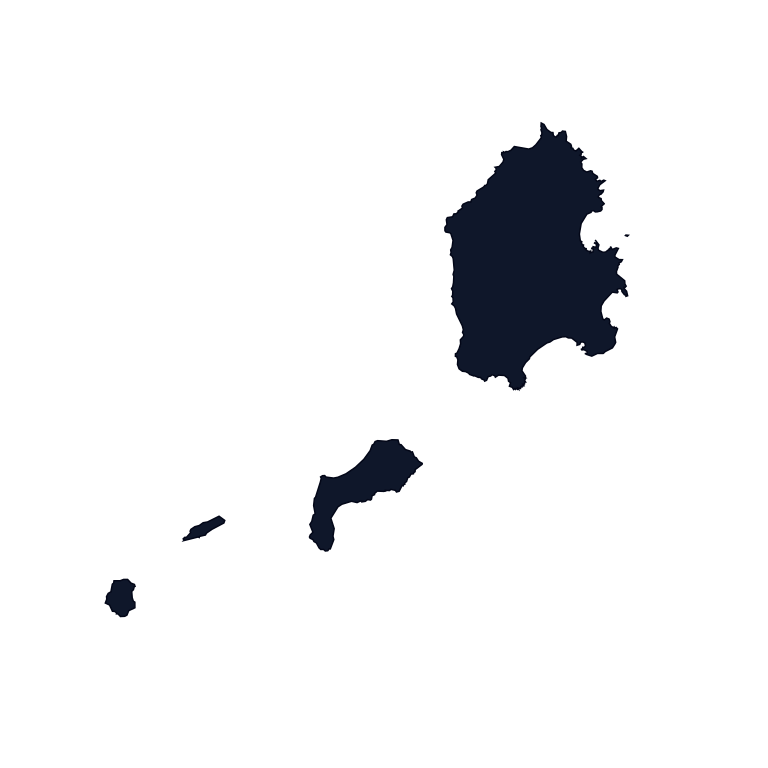 Nossa Senhora Da Luz, São Vicente, Cabo Verde, rotated 105°
{"feature_id": "66160863B58817505266013", "entity_name": "Nossa Senhora Da Luz", "entity_type": "district", "adm_level": 2, "iso_a3": "CPV", "parent_name": "Cabo Verde", "parent_adm1": "São Vicente", "projection": "robinson", "projection_center": [-24.915, 16.763], "detail": "fine", "context": "isolated", "style": "filled", "palette": "ink", "viewbox_px": 768, "rotation_deg": 105, "n_neighbors": 0, "source": "geoboundaries", "source_scale": "gbopen_adm2", "svg_char_len": 6148}
<svg xmlns="http://www.w3.org/2000/svg" viewBox="0 0 768 768"><g transform="rotate(105 384 384)"><path d="M297.7,180.1L295.4,178.7L290.0,172.7L285.5,171.3L283.8,171.0L278.8,173.4L270.3,172.7L269.3,174.4L270.9,176.3L269.9,175.8L269.3,176.5L270.3,176.8L269.4,179.5L267.2,182.0L265.3,181.9L263.0,183.4L262.7,186.0L265.1,187.8L264.5,189.5L257.8,193.3L252.3,194.4L246.8,192.9L236.2,187.3L235.6,182.3L234.5,181.8L232.6,183.3L231.4,182.3L230.7,180.3L231.3,178.8L233.1,178.1L235.6,174.8L235.4,173.6L236.7,173.0L235.7,171.5L231.6,173.7L229.5,177.0L228.5,177.2L228.4,176.2L226.8,175.4L225.0,177.2L222.0,178.2L217.7,187.7L215.2,188.6L210.5,188.2L209.3,188.8L207.6,187.7L206.3,188.4L204.5,186.4L202.2,185.9L203.0,189.1L201.5,193.8L199.7,194.3L192.4,192.7L192.4,194.9L195.0,198.3L192.5,200.9L193.4,200.1L195.1,201.4L195.7,200.7L196.6,201.3L196.4,202.0L199.3,204.2L200.1,206.8L199.2,211.5L197.3,212.5L194.0,212.4L190.2,217.3L192.5,214.5L193.6,214.6L192.9,216.9L193.4,217.1L194.2,214.7L197.2,214.7L197.2,217.6L198.9,217.6L199.0,219.0L199.8,216.6L202.3,216.3L203.6,218.3L202.4,218.7L203.4,219.0L202.6,219.3L202.9,221.7L201.9,224.0L201.3,223.7L200.3,223.9L201.7,224.2L199.5,227.3L197.7,227.2L198.7,227.6L198.1,227.5L198.2,228.5L196.2,230.1L195.5,229.7L194.7,231.5L188.6,234.1L177.9,235.1L167.4,232.0L164.6,228.4L163.3,228.6L162.3,226.3L163.1,224.5L162.5,222.6L160.8,219.5L159.0,218.6L157.1,219.1L156.8,220.1L155.5,219.8L155.2,219.2L154.5,219.0L154.2,218.8L153.5,218.4L153.0,217.9L152.9,217.9L150.6,221.5L148.7,222.3L148.3,225.1L147.6,225.5L145.3,224.9L144.6,223.6L141.7,222.1L139.9,222.1L141.4,225.5L140.5,227.6L139.4,228.0L135.6,227.1L130.4,223.0L130.2,224.5L132.2,226.9L131.4,228.2L133.1,230.7L131.7,232.8L129.5,231.1L128.2,231.7L126.6,236.8L124.6,238.1L124.6,239.7L126.8,243.0L126.0,246.6L123.8,249.0L120.2,249.8L118.7,251.5L115.3,249.6L114.0,247.2L112.6,250.2L114.5,251.7L113.3,251.8L112.3,254.0L111.4,253.0L109.5,253.3L108.4,251.6L108.6,252.7L105.9,256.8L109.2,258.9L109.0,261.2L107.4,262.7L107.3,264.7L105.9,264.4L104.1,265.6L102.3,270.9L97.7,271.7L93.1,274.2L93.5,277.1L95.1,277.8L96.1,280.0L98.9,280.0L98.9,280.9L100.8,281.5L101.0,282.6L100.2,284.7L97.4,285.9L97.8,287.9L96.0,292.5L91.9,296.6L91.2,299.7L94.8,299.0L95.9,298.0L97.8,298.2L100.5,296.4L103.3,296.2L103.5,296.8L105.4,295.8L113.6,299.2L117.4,301.7L119.6,305.0L120.9,319.6L125.4,321.9L127.5,324.4L127.9,326.4L129.0,327.0L128.8,328.6L129.6,328.2L130.0,330.1L132.0,329.8L136.0,326.4L138.8,326.5L144.1,329.0L145.9,332.8L146.6,331.6L148.6,331.0L149.9,332.0L151.4,330.7L159.7,336.2L163.9,335.9L165.9,336.9L166.0,337.9L168.0,338.8L173.5,344.1L175.4,344.4L177.5,343.0L180.7,344.0L183.1,347.1L185.7,347.3L186.4,349.9L189.8,354.1L192.0,354.8L193.7,353.7L197.9,357.3L198.7,356.7L200.9,358.4L201.6,360.5L204.7,361.0L206.9,365.9L209.2,366.3L213.7,364.4L216.9,365.7L220.2,364.8L221.2,363.6L220.9,359.4L221.5,358.3L227.4,354.5L234.4,353.6L237.2,354.3L239.7,353.2L242.0,353.3L243.1,351.0L245.0,349.6L255.9,345.6L260.3,345.6L262.0,344.4L268.2,343.1L272.3,342.8L274.4,343.5L276.5,341.6L280.6,340.7L281.8,341.2L282.9,339.7L286.7,338.4L289.1,339.3L290.3,336.5L292.3,334.6L297.6,332.0L307.5,323.4L311.1,321.4L313.9,321.5L315.5,319.8L317.3,319.5L321.6,321.7L325.3,320.4L330.4,320.6L335.2,321.5L336.3,322.8L338.8,322.2L338.9,320.8L341.5,318.9L346.1,318.1L349.9,315.4L351.4,311.6L350.9,308.4L351.6,305.1L352.6,303.8L353.0,299.3L352.5,299.1L353.2,294.7L352.7,292.4L353.8,291.1L354.2,288.3L355.2,287.5L353.9,285.9L349.9,285.3L348.7,283.0L347.1,282.1L347.3,279.2L348.6,278.2L345.8,275.7L344.6,269.9L346.4,265.7L349.1,264.4L350.0,262.1L353.7,262.3L354.0,259.2L355.8,257.4L354.6,256.6L355.2,255.8L354.3,255.5L354.6,253.8L353.4,254.1L354.2,252.5L353.2,253.0L353.0,251.0L351.6,251.2L351.1,250.0L350.6,250.5L349.5,248.4L348.3,249.9L347.7,248.3L345.6,248.6L345.4,247.8L344.1,249.2L342.3,248.7L341.8,250.0L341.4,249.1L341.2,249.9L341.1,249.2L339.7,249.4L335.5,254.2L332.5,254.5L326.7,252.8L322.0,250.1L320.2,250.2L310.7,244.6L302.2,237.3L300.4,234.5L297.2,231.8L292.4,224.1L291.2,220.5L291.8,217.9L291.0,214.7L293.8,208.2L296.6,207.6L295.1,205.2L292.6,204.9L291.9,202.6L292.4,200.6L295.0,199.3L296.8,200.0L297.0,201.5L298.4,201.4L299.3,202.3L299.9,201.7L299.1,199.7L299.9,196.3L302.1,195.6L302.5,197.9L303.0,195.9L303.3,190.5L299.3,185.8L297.7,180.1ZM451.7,326.4L450.8,326.5L449.6,330.7L446.9,333.7L446.6,335.8L442.2,339.0L442.8,340.1L442.0,341.4L441.8,346.3L438.2,351.8L438.4,353.6L434.4,356.0L435.8,362.0L438.7,366.7L440.4,375.6L441.9,377.7L444.8,378.3L446.1,379.6L451.9,380.1L462.0,384.0L471.8,390.0L480.6,397.5L486.0,404.4L487.9,408.3L488.9,415.9L487.8,417.6L488.5,419.7L490.2,421.2L491.3,420.2L495.4,420.1L511.0,420.8L512.5,421.6L519.6,420.5L527.2,416.9L529.1,418.4L535.4,418.2L538.8,419.3L545.6,414.3L548.9,416.2L551.1,416.4L552.1,415.5L552.7,412.3L554.3,410.9L555.0,408.2L559.2,404.2L560.2,402.2L559.4,399.6L560.5,397.5L559.6,395.2L557.3,394.2L557.2,393.2L547.3,392.2L544.2,393.9L536.6,394.7L527.4,400.6L514.6,396.7L511.0,393.5L505.7,385.0L505.5,379.3L503.3,376.7L502.8,374.2L503.4,374.4L502.2,371.7L499.9,369.9L499.6,367.0L498.5,366.3L495.0,366.6L493.3,364.5L492.3,364.8L489.2,362.8L487.8,356.5L487.0,354.8L486.4,355.2L485.5,351.1L484.0,350.1L483.8,345.5L485.1,344.0L483.7,341.6L477.4,340.3L477.4,339.1L476.2,339.1L475.3,337.9L474.2,338.5L472.4,337.0L468.3,336.8L467.3,335.4L464.1,334.7L463.1,332.3L461.9,332.4L460.7,331.3L458.6,331.7L451.7,326.4ZM664.6,566.7L659.2,568.2L658.7,569.9L655.6,571.9L649.6,574.0L647.6,572.8L644.2,572.8L643.9,572.1L642.2,573.2L641.8,576.8L639.1,581.1L640.2,585.0L642.3,587.9L643.9,593.9L646.2,593.6L647.7,594.6L655.4,594.0L657.6,596.2L661.1,597.0L663.6,596.1L667.7,596.5L668.5,591.9L673.8,587.5L673.4,585.2L674.2,583.1L675.3,583.0L674.9,581.4L676.8,578.4L675.5,574.3L673.8,572.5L669.0,571.9L664.6,566.7ZM559.7,502.7L557.0,502.5L554.4,509.1L562.9,518.7L564.8,522.8L568.5,525.8L570.8,529.8L574.4,532.9L576.4,533.2L577.7,532.3L583.2,535.1L583.7,536.8L585.6,537.9L586.5,536.6L587.1,536.9L579.8,523.8L580.1,522.8L578.9,522.7L576.1,517.4L574.0,516.9L568.9,512.6L559.7,502.7ZM178.1,189.2L178.3,187.2L177.1,186.5L177.5,188.9L178.1,189.2Z" fill="#0f172a" stroke="#020617" stroke-width="1.5"/></g></svg>